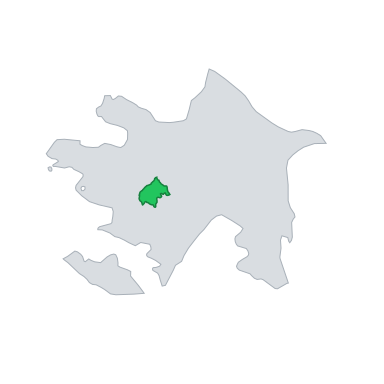 Tartar District, Tərtər, Azerbaijan (highlighted), rotated 344°
{"feature_id": "54616110B79809370995070", "entity_name": "Tartar District", "entity_type": "district", "adm_level": 2, "iso_a3": "AZE", "parent_name": "Azerbaijan", "parent_adm1": "Tərtər", "projection": "equal_earth", "projection_center": [46.824, 40.278], "detail": "fine", "context": "in_parent", "style": "filled", "palette": "green", "viewbox_px": 384, "rotation_deg": 344, "n_neighbors": 0, "source": "geoboundaries", "source_scale": "gbopen_adm2", "svg_char_len": 5178}
<svg xmlns="http://www.w3.org/2000/svg" viewBox="0 0 384 384"><g transform="rotate(344 192 192)"><path d="M259.5,306.1L258.0,306.0L247.5,308.6L245.3,307.7L236.2,295.9L234.4,294.6L230.5,294.0L228.2,292.1L226.3,288.9L225.2,286.6L215.9,280.1L214.5,277.8L214.3,275.7L215.7,273.9L217.2,272.3L221.8,270.7L227.0,269.4L228.7,268.4L229.6,266.7L229.5,263.9L228.6,261.3L221.0,256.4L220.2,254.3L219.9,251.7L220.3,249.0L221.5,246.9L227.7,244.1L231.0,241.1L228.9,237.8L222.2,230.2L214.2,222.0L208.9,221.9L202.8,224.3L193.1,231.4L187.7,234.4L180.7,239.4L173.1,245.0L166.8,250.9L162.9,255.8L155.9,257.9L152.4,262.1L140.7,274.4L137.4,274.2L137.2,268.1L137.3,263.3L136.6,260.5L132.8,256.6L132.8,255.0L133.8,254.0L136.7,254.6L140.4,254.4L142.2,252.9L138.2,247.8L134.7,244.5L131.7,242.2L131.0,240.9L131.0,239.9L131.7,238.8L136.8,236.0L137.3,233.4L137.0,230.6L128.8,226.4L122.7,228.0L117.3,223.3L113.8,219.7L109.4,215.8L105.5,213.6L101.8,208.8L95.3,203.7L91.1,202.3L91.2,201.6L92.0,200.6L93.7,199.9L105.3,200.1L106.7,199.2L107.5,197.0L109.1,193.8L110.9,189.1L110.8,185.2L99.2,178.8L90.8,173.0L85.0,165.3L81.1,158.3L81.2,155.9L82.4,153.7L91.4,147.2L92.1,145.5L91.9,144.4L88.7,141.1L84.7,137.7L83.4,135.2L80.9,133.9L76.1,133.8L67.6,129.7L65.8,129.2L65.4,128.4L65.9,127.6L71.9,125.9L71.8,124.5L70.0,122.7L66.6,121.3L63.5,118.0L62.5,115.0L73.4,106.3L76.7,104.5L83.8,106.1L98.5,111.9L97.5,115.1L99.0,116.9L102.4,119.4L108.9,121.9L114.4,123.2L117.2,122.1L121.5,121.2L127.0,124.0L132.1,127.7L134.6,129.1L135.9,129.6L139.8,128.4L144.5,123.7L146.3,118.0L146.8,115.3L144.1,111.5L138.6,107.4L132.3,103.8L128.3,100.7L125.8,94.5L123.2,93.8L122.5,93.0L122.1,90.8L122.2,87.9L123.1,85.6L125.7,84.6L128.2,84.2L130.5,82.1L133.4,77.8L134.6,75.4L140.1,76.8L140.8,80.6L141.7,81.4L144.0,81.0L147.7,79.4L150.7,80.6L154.5,85.1L159.8,90.0L162.7,93.2L163.8,95.4L166.5,97.6L170.5,100.1L173.7,104.1L176.5,113.4L179.4,115.6L189.6,119.1L193.2,119.8L203.3,121.1L206.8,120.2L211.9,112.2L216.6,103.9L220.9,102.2L228.7,98.2L233.4,94.5L235.3,90.4L239.7,82.8L242.4,78.5L247.0,82.3L255.1,92.6L266.8,109.5L269.6,114.3L271.5,119.8L273.2,126.6L275.9,132.5L287.7,147.5L292.8,153.1L301.1,160.3L304.1,161.9L307.9,162.3L315.0,162.4L321.5,165.2L324.8,167.1L328.2,170.0L331.2,173.3L334.3,182.2L323.0,179.2L311.6,179.7L305.2,181.6L299.0,184.2L293.0,187.9L289.4,195.0L286.4,211.5L282.0,227.0L282.2,234.2L284.3,241.1L284.1,244.4L282.0,245.8L279.4,248.7L276.0,263.0L274.3,265.9L272.0,267.7L271.4,266.0L271.5,262.2L266.4,258.9L263.8,262.6L262.1,270.5L258.5,278.8L258.3,280.4L259.5,306.1ZM90.0,159.7L90.5,157.5L89.1,156.6L87.6,156.5L86.3,157.6L86.3,160.3L88.1,160.8L90.0,159.7ZM52.1,224.2L50.4,221.9L49.7,220.7L54.7,219.6L63.1,216.5L65.4,218.0L67.8,221.1L69.0,223.8L69.2,228.8L70.2,229.6L74.3,227.9L76.1,229.9L79.2,232.3L84.7,234.7L92.5,231.0L96.5,230.0L99.7,230.1L101.4,231.3L102.0,235.1L101.3,239.9L100.4,242.5L102.1,244.4L108.5,249.0L111.2,251.5L109.8,255.9L114.6,266.8L116.2,271.0L118.1,276.2L108.2,274.2L90.5,269.8L85.6,267.5L81.0,261.5L78.3,258.6L74.3,254.8L70.9,253.4L68.4,250.8L67.0,247.0L64.9,243.5L61.3,239.4L53.2,225.6L52.1,224.2ZM63.4,132.4L62.3,133.2L60.7,132.4L60.2,130.8L60.3,129.0L62.0,128.6L63.3,129.1L63.7,130.7L63.4,132.4Z" fill="#d9dde1" stroke="#a8b0b8" stroke-width="1"/><path d="M162.2,168.1L161.5,168.1L160.8,168.2L160.6,168.5L159.8,168.8L159.5,169.5L159.1,170.1L158.6,170.6L157.8,171.0L157.3,171.2L156.7,171.5L156.1,171.9L155.2,172.3L155.1,172.6L154.8,173.1L154.0,173.2L153.5,173.3L152.8,173.4L151.8,173.4L151.1,173.5L150.4,173.4L149.8,173.7L149.4,174.0L148.9,174.1L148.1,174.5L147.5,174.9L147.0,175.2L146.4,175.7L145.7,176.0L145.1,176.4L144.6,176.9L143.8,177.0L143.2,177.3L142.4,177.6L141.8,178.1L141.6,178.6L141.2,179.0L140.9,179.9L140.3,180.4L140.6,180.8L140.5,181.4L140.2,181.9L139.9,182.7L139.6,183.1L139.4,183.6L139.3,184.4L139.4,184.9L139.5,185.7L139.7,186.3L140.1,186.7L140.4,187.2L140.7,187.7L140.8,188.2L140.8,188.9L140.8,189.5L140.8,190.5L141.0,190.8L141.3,190.7L141.8,190.4L142.3,190.1L142.8,189.8L143.3,189.4L143.7,189.0L144.2,188.5L144.6,188.4L145.3,188.6L145.6,189.4L145.7,189.6L146.2,189.7L146.6,190.1L147.3,190.5L147.4,190.9L147.8,191.6L148.1,191.9L148.7,192.4L149.2,192.9L149.8,193.2L150.1,193.3L151.0,193.6L151.1,194.0L151.3,194.7L151.3,195.2L151.5,195.8L152.0,196.3L152.3,196.5L152.5,196.5L152.8,196.4L153.2,195.9L153.3,195.3L153.5,194.6L153.9,193.5L154.4,193.1L155.1,192.6L155.4,192.4L155.6,191.8L155.9,191.1L156.0,190.4L156.1,189.5L156.3,188.6L156.6,188.1L157.4,187.7L158.2,187.8L158.8,188.2L159.6,188.7L160.5,188.6L161.2,188.2L161.5,188.0L161.6,187.7L161.6,187.3L161.3,186.4L161.2,185.8L161.2,185.1L161.6,184.9L162.1,184.9L162.8,185.4L163.1,185.9L163.9,186.3L164.5,185.9L165.0,185.5L165.9,185.5L166.2,186.3L166.2,186.9L166.5,187.9L167.1,188.4L168.2,188.6L168.7,188.5L169.6,188.5L170.1,188.2L169.8,187.7L169.6,186.6L169.0,185.4L168.9,184.0L169.0,183.0L169.1,182.0L169.3,181.3L169.4,180.2L169.3,179.5L168.9,179.1L168.2,178.9L167.3,178.7L166.5,178.1L166.1,177.4L165.7,176.9L165.2,176.4L164.5,175.6L164.3,174.9L164.2,174.4L163.5,173.4L163.5,172.4L163.4,171.7L163.2,171.7L162.9,171.4L162.6,170.9L162.2,169.9L162.1,169.3L162.1,168.4L162.2,168.1Z" fill="#22c55e" stroke="#15803d" stroke-width="1.5"/></g></svg>